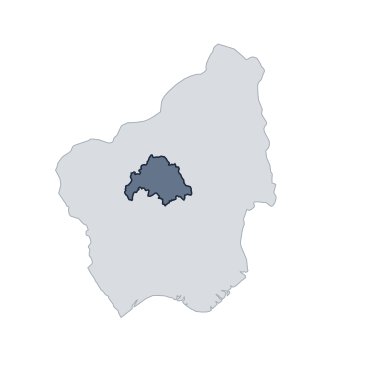 location of Kaduna within Nigeria, rotated 324°
{"feature_id": "NGA-2864", "entity_name": "Kaduna", "entity_type": "State", "adm_level": 1, "iso_a3": "NGA", "parent_name": "Nigeria", "parent_adm1": "", "projection": "albers", "projection_center": [7.395, 10.247], "detail": "fine", "context": "in_parent", "style": "filled", "palette": "slate", "viewbox_px": 384, "rotation_deg": 324, "n_neighbors": 0, "source": "natural_earth", "source_scale": "10m", "svg_char_len": 6652}
<svg xmlns="http://www.w3.org/2000/svg" viewBox="0 0 384 384"><g transform="rotate(324 192 192)"><path d="M300.1,87.6L310.3,101.3L312.7,111.7L313.6,116.7L315.2,117.3L318.4,117.5L320.6,118.5L322.0,120.2L322.9,121.7L323.1,122.7L322.6,128.9L321.9,131.2L322.4,134.2L322.2,135.6L321.9,136.5L320.6,137.5L318.7,138.6L314.2,141.6L312.9,142.1L311.0,142.2L309.4,143.0L307.5,144.6L303.4,150.7L299.9,156.7L297.4,166.5L294.3,169.5L293.8,172.2L293.4,178.3L292.9,180.1L292.4,180.7L289.0,181.9L287.1,183.3L285.9,186.1L284.5,195.4L284.0,196.9L282.9,198.6L281.2,200.3L279.7,201.3L275.8,202.0L272.1,209.1L272.1,210.3L270.5,216.7L267.7,221.5L267.5,224.6L264.0,228.9L262.1,231.7L264.1,234.7L264.2,235.2L258.1,240.3L257.7,241.1L257.5,244.6L257.0,245.6L255.9,246.9L254.2,248.3L252.5,249.4L250.6,250.2L248.7,250.5L247.7,250.1L247.1,249.0L246.0,244.8L245.4,243.8L244.2,243.0L239.3,238.4L236.4,236.7L235.8,236.8L235.3,237.3L234.5,239.7L233.7,240.6L232.2,240.9L229.5,240.9L227.6,240.6L227.1,240.2L226.2,238.3L220.2,242.6L218.1,243.6L215.5,248.7L211.7,251.3L209.2,253.5L202.2,260.5L200.8,262.5L199.5,265.6L196.5,278.6L191.8,286.7L191.1,288.4L190.8,288.3L190.2,289.1L188.3,288.6L187.5,287.1L186.3,286.9L184.3,284.7L183.9,285.0L186.0,290.6L185.2,292.8L179.3,292.9L174.2,293.6L170.7,293.6L169.0,292.8L168.2,290.7L167.9,290.9L167.7,292.0L166.6,292.9L162.7,293.1L161.0,291.6L159.5,290.0L158.0,289.3L158.3,290.0L160.0,291.6L159.8,293.8L156.6,296.4L154.6,296.5L153.4,295.4L152.7,293.6L152.4,290.9L151.6,289.1L151.1,289.1L151.7,292.1L151.7,294.8L153.2,296.9L150.9,297.6L148.1,297.7L147.8,296.9L147.4,295.1L146.9,294.6L146.4,297.6L140.7,298.4L139.8,298.3L139.7,297.8L140.1,296.9L140.0,295.6L138.8,296.6L138.5,298.7L137.8,299.0L135.7,298.7L133.3,297.6L129.5,295.0L124.8,290.7L124.0,288.8L122.7,286.5L120.3,280.0L120.7,279.7L121.8,280.1L122.3,279.5L120.4,279.0L120.0,278.5L119.8,277.1L119.9,275.4L122.9,274.5L123.6,273.4L124.0,272.3L120.4,273.9L116.9,272.1L116.2,271.0L116.6,270.1L120.6,270.1L122.0,269.3L121.1,269.0L119.6,269.0L119.0,268.4L119.1,267.1L118.6,267.4L117.9,268.6L115.6,269.4L114.3,268.6L114.2,266.6L113.9,265.8L112.7,265.1L108.8,259.9L103.7,255.7L99.3,252.7L92.5,251.2L78.3,251.1L77.5,250.7L78.4,250.0L79.6,249.6L84.2,247.3L83.4,247.0L78.7,248.4L77.0,248.5L74.9,251.3L60.9,251.8L61.0,250.5L61.6,246.7L62.5,244.2L61.6,241.0L61.4,238.2L62.0,237.3L62.2,236.2L62.2,228.9L63.0,227.9L63.0,227.1L61.6,224.0L61.7,221.6L61.4,219.3L60.9,218.2L61.6,209.3L61.5,207.1L62.0,205.6L62.3,201.7L62.3,198.0L63.3,192.0L69.3,191.3L70.7,189.0L71.6,186.1L71.4,183.2L73.3,180.6L75.7,178.4L75.6,175.9L76.3,175.1L77.4,174.6L79.0,174.3L80.8,173.1L81.8,170.9L82.8,167.5L81.3,165.0L81.3,164.5L81.9,163.2L82.9,161.9L83.6,161.5L85.3,161.9L85.9,161.3L87.0,157.5L86.9,156.5L85.4,153.9L84.6,147.0L84.1,146.0L82.9,144.8L79.6,139.9L79.7,137.5L81.2,134.6L82.1,133.2L83.3,132.4L83.6,131.7L83.2,130.9L82.6,130.2L82.5,128.9L83.1,127.1L83.0,125.0L83.4,114.6L86.1,112.5L90.0,109.2L92.1,105.6L93.1,103.0L94.5,94.0L96.6,93.1L100.5,89.8L105.8,88.0L109.3,87.4L115.3,87.8L118.4,87.5L121.0,85.8L122.2,85.3L123.8,85.0L138.9,89.7L140.2,89.5L141.4,89.8L143.2,91.1L147.7,95.4L152.3,102.2L153.7,103.6L155.2,104.4L156.7,104.7L157.8,104.6L158.9,103.9L160.3,102.6L162.5,102.1L164.4,102.2L173.7,97.0L174.6,97.0L180.4,98.1L188.3,103.2L194.7,106.5L199.2,107.7L204.5,108.4L213.6,108.6L220.3,101.3L222.8,99.7L225.9,98.3L232.2,96.9L242.7,95.8L252.5,96.1L258.7,97.3L265.2,99.6L268.0,101.8L272.4,102.1L275.5,101.6L276.5,99.3L279.6,96.3L284.3,93.5L288.1,91.6L291.2,90.7L294.0,88.4L296.2,87.7L300.1,87.6ZM163.1,295.9L160.9,296.6L159.5,296.5L161.4,293.5L162.4,294.1L163.7,294.4L163.1,295.9Z" fill="#d9dde1" stroke="#a8b0b8" stroke-width="1"/><path d="M194.7,159.2L194.5,160.7L193.7,162.0L194.0,162.6L194.7,162.9L195.2,163.4L195.7,164.0L195.5,164.6L195.4,165.4L194.8,166.1L194.1,166.4L193.0,167.7L192.6,169.4L193.1,171.0L192.3,174.0L192.3,175.7L192.2,176.6L192.4,177.3L191.5,178.6L191.5,178.9L191.4,179.4L190.8,179.8L190.8,183.0L191.7,184.3L192.7,185.4L193.6,186.6L193.5,188.0L193.0,189.2L192.2,190.2L191.7,191.5L191.0,192.8L190.0,193.7L189.2,193.8L188.6,193.3L188.3,192.8L187.9,192.4L187.0,191.2L185.0,190.7L184.3,190.4L183.7,191.0L182.5,192.8L180.7,193.7L180.1,191.6L179.9,189.0L179.0,188.4L178.3,187.9L178.3,187.3L178.1,186.8L177.4,186.1L176.1,186.3L175.2,187.9L174.5,188.3L173.7,187.9L173.3,187.9L173.0,187.9L172.4,187.4L171.7,187.5L171.2,187.2L170.9,186.6L170.2,186.9L169.6,187.1L169.1,186.3L168.4,186.0L167.7,187.0L167.2,187.3L166.6,187.1L166.0,187.0L165.4,187.0L163.3,187.2L162.8,187.1L162.2,187.3L162.1,186.9L162.3,186.2L162.4,185.9L162.0,185.4L161.7,185.2L161.3,184.6L161.5,183.7L162.7,182.9L162.8,182.4L162.9,182.0L163.1,181.6L163.4,181.3L163.9,180.8L163.8,180.1L163.1,179.7L162.8,179.2L163.0,178.5L162.5,178.1L161.7,177.9L161.3,177.3L161.7,176.9L162.4,176.9L163.0,176.4L163.0,175.6L162.6,172.0L161.6,171.3L158.3,171.3L156.7,171.1L155.1,170.5L154.1,169.2L154.6,168.6L155.4,168.1L155.9,167.4L156.6,166.8L157.4,166.3L157.9,165.6L158.0,164.8L157.3,164.4L155.7,163.8L155.3,163.3L155.6,162.5L155.5,160.7L154.3,159.7L153.6,159.9L153.2,159.9L153.1,158.0L152.9,157.6L152.2,157.3L151.4,157.3L150.7,157.6L150.8,158.5L150.3,158.8L149.5,158.7L148.6,158.8L147.0,159.6L146.3,159.4L146.0,158.7L145.5,158.3L143.9,158.7L141.3,160.7L140.1,161.9L139.7,162.7L139.1,163.3L138.3,163.4L138.0,162.7L137.4,162.0L136.7,161.4L136.6,160.7L136.7,160.3L136.8,160.0L136.8,159.7L136.9,159.1L136.9,158.8L137.2,158.1L137.3,157.6L137.3,157.3L137.3,157.0L137.0,155.9L136.9,155.3L137.1,153.5L137.3,152.9L137.7,152.4L138.1,152.2L139.1,151.9L139.5,151.6L139.5,151.3L139.5,151.0L139.6,150.7L139.8,150.4L140.0,150.3L140.5,150.1L140.7,149.9L141.0,149.6L141.4,148.8L141.7,148.4L142.1,148.3L142.6,148.3L144.0,148.8L144.5,149.0L145.0,149.0L146.4,148.5L146.7,148.5L147.0,148.6L147.4,148.4L149.2,147.7L149.6,147.5L150.0,147.2L150.3,146.8L150.5,146.3L150.9,144.3L151.1,143.6L151.6,143.1L153.1,142.1L153.6,141.7L153.9,141.0L154.9,141.5L155.5,141.7L156.6,141.7L157.1,142.0L157.4,142.6L157.3,143.0L156.9,143.2L156.3,143.9L156.4,144.5L158.0,144.9L158.7,145.4L159.9,146.6L160.6,146.7L161.3,146.3L161.9,145.7L161.8,145.1L161.4,144.5L161.8,143.3L163.5,143.3L164.3,143.6L164.9,143.3L165.0,142.5L165.4,141.8L166.7,141.0L168.3,141.3L169.2,141.7L169.9,142.2L170.4,142.8L171.0,143.1L172.8,142.3L173.5,141.2L175.0,141.0L177.6,139.1L180.7,138.1L181.4,138.5L181.4,139.3L181.0,140.1L180.9,140.9L181.3,141.6L182.1,142.1L183.6,142.6L184.3,143.2L184.9,143.9L186.4,144.5L188.0,144.9L190.3,147.3L190.7,150.4L190.3,152.1L190.7,154.8L190.4,155.6L189.4,155.9L189.0,156.5L190.2,157.5L191.9,157.7L192.9,158.9L193.3,159.1L194.3,159.3L194.7,159.2Z" fill="#64748b" stroke="#1e293b" stroke-width="1.5"/></g></svg>